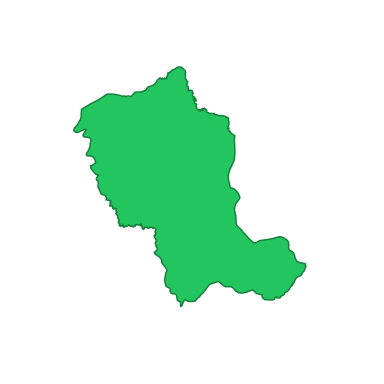 Pho Sai, Ubon Ratchathani, Thailand (Robinson projection), rotated 26°
{"feature_id": "78962969B51244182519846", "entity_name": "Pho Sai", "entity_type": "district", "adm_level": 2, "iso_a3": "THA", "parent_name": "Thailand", "parent_adm1": "Ubon Ratchathani", "projection": "robinson", "projection_center": [105.326, 15.769], "detail": "fine", "context": "isolated", "style": "filled", "palette": "green", "viewbox_px": 384, "rotation_deg": 26, "n_neighbors": 0, "source": "geoboundaries", "source_scale": "gbopen_adm2", "svg_char_len": 6077}
<svg xmlns="http://www.w3.org/2000/svg" viewBox="0 0 384 384"><g transform="rotate(26 192 192)"><path d="M56.5,166.1L59.6,173.7L59.9,175.2L59.5,182.0L58.3,185.9L58.5,187.9L58.7,188.2L59.4,188.9L60.7,189.3L62.6,189.0L64.0,187.7L68.0,182.7L69.0,182.3L69.4,182.5L69.5,183.8L69.0,187.6L69.2,188.7L69.8,189.5L70.9,189.8L74.6,188.5L75.8,188.3L76.6,188.3L77.9,188.9L78.9,190.9L79.3,193.6L80.0,194.8L80.5,196.2L80.7,200.8L80.4,203.4L80.7,204.8L81.3,205.3L81.9,205.4L85.4,204.0L86.5,203.8L88.6,204.2L90.9,205.8L91.9,206.9L92.5,208.1L90.6,212.0L89.3,212.9L90.6,214.7L90.6,215.0L96.4,217.8L98.6,218.3L100.3,217.6L100.4,218.1L100.1,221.5L100.3,222.3L101.4,223.1L102.9,223.5L103.6,224.4L104.8,227.8L105.8,229.2L109.4,231.9L110.8,233.5L111.7,233.7L114.9,233.2L116.1,233.5L118.0,234.9L118.3,236.6L118.9,236.1L119.8,236.5L120.3,236.0L121.8,235.9L122.2,235.5L122.5,235.9L123.1,235.7L123.2,237.0L123.6,237.0L123.8,237.4L123.2,237.9L124.0,238.4L123.7,239.2L124.1,239.9L124.6,239.8L124.6,240.5L126.5,239.4L126.7,240.2L127.5,240.6L128.0,241.4L128.4,241.0L128.9,241.4L129.0,240.9L129.4,241.0L129.7,240.7L130.1,241.0L130.7,240.5L131.0,240.5L130.9,241.0L132.0,241.8L132.2,242.5L132.8,242.5L132.7,243.2L133.2,243.9L132.9,244.6L134.1,245.5L134.9,245.5L135.8,246.1L137.0,248.3L138.4,249.1L138.7,250.0L139.0,250.1L138.8,250.8L139.3,251.6L139.8,251.8L140.2,252.5L140.6,252.4L140.7,252.8L141.2,253.0L141.3,253.6L142.0,253.5L142.1,254.2L142.6,254.3L142.9,253.9L142.8,253.4L143.9,253.1L143.9,252.8L143.6,252.7L143.8,252.0L144.1,252.4L144.5,252.2L144.8,253.2L145.2,253.2L144.9,252.7L145.1,252.5L145.9,253.5L146.3,253.7L146.8,253.1L146.9,252.5L147.3,252.0L149.3,250.7L149.3,250.0L149.8,249.1L152.1,249.8L153.0,248.7L153.6,249.2L154.7,249.0L154.6,248.0L155.3,247.8L155.4,247.3L155.9,247.3L155.6,246.2L156.2,245.8L156.7,245.8L157.2,245.1L158.4,245.3L159.3,244.8L160.0,243.8L160.3,244.1L160.3,243.3L161.0,243.9L161.1,244.6L161.7,244.7L162.5,245.6L162.7,245.4L163.1,246.3L163.6,246.3L164.6,247.0L165.2,245.9L164.9,244.6L166.1,243.6L166.5,243.9L166.9,243.8L167.1,243.1L168.5,243.8L169.5,243.0L169.9,241.8L170.6,241.9L171.5,241.3L172.5,241.9L173.5,241.0L175.1,240.7L176.1,241.4L176.3,242.5L176.0,243.3L176.6,244.3L177.2,244.4L177.8,245.5L177.8,246.1L177.5,246.0L177.4,246.7L177.8,247.0L177.9,247.6L177.4,248.2L177.9,248.3L178.0,248.8L180.1,250.3L181.2,250.8L181.2,252.8L181.6,254.4L183.1,255.7L183.7,256.9L185.1,257.4L185.7,258.1L185.9,259.8L185.6,260.8L184.8,261.7L184.7,262.9L186.4,264.0L190.9,264.6L192.7,265.3L194.6,266.6L196.2,269.2L201.5,271.4L203.6,273.2L203.9,273.6L203.7,274.1L204.0,274.8L203.9,275.9L206.0,283.4L210.2,288.2L214.5,288.2L214.9,288.5L215.8,290.8L216.9,291.8L218.6,292.1L221.8,291.0L223.1,291.4L226.2,295.6L227.1,295.9L230.1,296.1L231.5,299.3L231.9,299.6L232.4,299.5L232.7,298.5L232.4,294.0L232.6,292.2L233.3,291.9L235.8,292.0L237.7,291.5L240.5,290.1L242.8,288.4L243.5,284.9L244.6,283.2L245.2,280.1L246.2,277.8L248.2,267.8L248.7,266.9L254.6,261.1L255.4,260.9L262.1,262.5L263.3,262.5L268.7,260.0L270.5,260.0L274.4,261.8L277.6,262.1L279.8,261.6L281.7,260.7L285.1,257.9L288.7,254.1L289.5,253.6L290.4,253.6L294.0,254.9L297.6,254.4L299.7,253.6L300.3,254.0L300.9,255.4L301.3,255.8L302.7,256.5L304.5,256.8L311.6,253.9L312.9,252.5L313.1,251.5L312.6,250.7L313.0,249.9L314.0,249.3L314.9,250.0L315.3,249.4L317.1,249.0L317.7,248.0L317.4,247.3L317.6,246.6L318.6,245.6L319.8,243.8L319.6,242.1L320.4,240.5L320.9,240.3L321.5,239.1L321.5,237.8L322.2,237.2L322.0,235.2L322.6,233.2L322.3,232.6L322.4,231.8L322.9,231.9L322.8,231.2L323.2,230.6L322.7,229.8L323.2,229.5L323.5,228.3L323.3,227.5L323.1,224.6L324.6,221.2L326.1,219.8L326.8,218.5L326.6,215.7L327.2,214.7L327.5,213.2L326.9,210.7L327.1,209.0L325.6,207.6L325.3,206.8L319.1,208.4L316.4,208.1L314.3,206.7L310.6,202.7L308.5,201.7L305.0,201.5L304.5,201.3L303.4,200.0L302.2,197.1L300.5,194.6L298.2,193.5L295.8,193.1L293.1,193.1L291.1,193.5L289.6,194.3L285.0,198.4L280.3,201.9L274.0,206.1L272.0,209.2L270.5,210.4L268.9,210.4L264.8,209.3L254.8,205.4L253.4,204.6L250.8,203.6L248.1,203.0L246.7,202.2L245.2,200.5L241.8,194.2L238.6,190.3L237.6,188.6L236.8,185.7L236.5,183.2L237.7,177.5L237.5,176.3L237.0,175.4L234.1,172.9L230.7,171.3L227.3,170.8L225.2,171.3L223.8,170.7L222.5,168.6L219.7,165.3L217.9,162.5L217.1,160.4L216.2,155.1L216.1,146.8L215.8,144.1L213.0,137.1L207.0,126.1L205.8,122.6L201.6,122.1L200.6,121.5L199.6,121.3L199.2,120.5L198.4,120.9L197.4,119.6L197.3,118.6L196.0,119.2L195.6,115.0L194.3,112.6L193.1,111.3L192.6,109.9L191.8,109.4L191.2,109.4L190.4,110.0L189.7,109.4L188.2,109.5L184.6,110.5L183.3,111.3L180.3,111.8L178.5,112.5L177.8,112.3L177.1,111.8L176.0,112.6L174.6,113.0L173.8,113.6L172.1,113.6L170.4,114.2L169.8,113.4L169.7,112.3L168.2,111.6L166.4,111.3L166.2,111.7L166.3,113.7L165.3,113.8L165.4,112.6L165.1,112.2L164.7,112.3L164.5,113.5L163.9,114.2L164.2,115.5L163.9,116.1L163.5,116.0L163.2,114.9L162.8,114.6L162.3,114.7L161.5,115.5L160.2,115.1L158.0,113.2L157.7,112.7L157.9,111.4L157.6,111.1L156.7,111.0L155.5,111.4L154.7,109.6L153.9,109.2L154.2,108.6L155.7,108.5L155.7,108.0L154.5,106.8L153.2,108.1L152.6,108.1L152.5,107.3L153.2,106.3L153.1,105.7L152.6,105.5L151.2,105.9L149.8,104.7L149.6,104.2L149.9,103.4L149.8,102.7L148.7,102.0L147.8,100.9L147.0,100.8L145.3,101.7L144.4,102.7L144.0,102.7L143.8,101.2L142.8,100.5L142.4,98.8L141.0,98.8L140.2,98.3L140.4,96.4L139.7,94.7L138.6,94.5L137.8,93.8L136.4,93.1L134.9,89.8L134.0,89.0L134.0,87.7L132.9,86.2L129.9,85.0L128.9,85.0L127.8,84.4L125.2,85.5L124.3,86.3L122.3,89.6L121.0,90.8L120.4,91.9L120.1,93.1L119.6,93.3L119.9,94.0L119.4,95.0L118.2,95.2L118.6,96.1L118.5,96.6L118.8,97.1L118.6,97.9L119.1,98.9L118.8,99.8L119.3,100.8L119.2,101.6L117.7,101.5L117.8,102.3L117.6,102.6L116.4,103.0L115.5,102.6L115.1,103.8L113.6,103.3L112.8,103.9L112.9,104.5L111.8,106.5L111.8,108.1L111.1,111.3L109.7,113.8L107.1,116.2L106.1,117.6L105.8,121.0L101.9,124.7L97.1,127.2L96.7,128.0L95.8,132.1L94.8,133.1L94.2,133.4L92.9,133.4L90.9,134.9L88.2,135.7L87.4,136.6L85.3,136.7L81.3,137.7L77.3,139.0L73.1,141.1L72.0,142.3L69.6,146.8L66.4,151.7L61.8,157.8L56.5,166.1Z" fill="#22c55e" stroke="#15803d" stroke-width="1.5"/></g></svg>